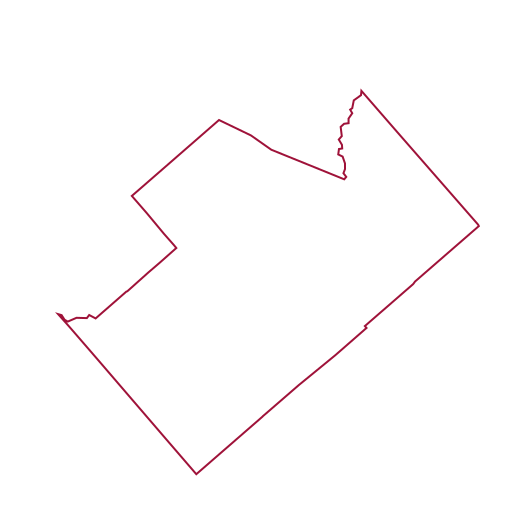 outline of Pinal, Arizona, United States of America, rotated 319°
{"feature_id": "52423323B99674467123190", "entity_name": "Pinal", "entity_type": "district", "adm_level": 2, "iso_a3": "USA", "parent_name": "United States of America", "parent_adm1": "Arizona", "projection": "natural_earth1", "projection_center": [-111.21, 32.984], "detail": "fine", "context": "isolated", "style": "outline", "palette": "rose", "viewbox_px": 512, "rotation_deg": 319, "n_neighbors": 0, "source": "geoboundaries", "source_scale": "gbopen_adm2", "svg_char_len": 934}
<svg xmlns="http://www.w3.org/2000/svg" viewBox="0 0 512 512"><g transform="rotate(319 256 256)"><path d="M317.3,129.1L231.3,129.2L201.7,129.2L201.7,135.0L201.7,152.1L201.1,178.8L201.2,194.1L201.1,197.7L190.1,197.8L179.1,197.9L164.2,197.8L135.7,198.2L134.8,197.8L94.0,197.9L91.4,191.1L87.6,191.9L80.0,184.9L70.9,182.0L69.7,178.5L70.5,173.1L68.5,170.0L68.7,186.8L68.6,228.8L68.0,334.9L67.8,381.5L155.6,381.5L156.0,381.4L203.9,381.5L250.6,382.9L292.2,382.8L292.2,380.3L356.3,380.3L359.3,379.6L372.0,379.6L404.2,379.6L443.8,379.6L444.2,378.1L443.9,255.0L443.9,254.3L443.9,200.5L440.8,203.5L431.9,202.7L425.6,207.6L423.1,207.3L422.3,211.4L416.0,213.0L413.0,216.5L409.2,214.0L404.6,214.1L399.4,221.8L394.9,222.4L393.8,228.5L391.6,231.4L388.8,229.7L384.7,233.3L386.6,237.8L383.9,244.5L380.2,248.8L376.3,250.9L376.0,255.5L372.9,256.0L337.3,185.9L335.4,178.3L331.3,161.7L317.3,129.1Z" fill="none" stroke="#9f1239" stroke-width="2"/></g></svg>